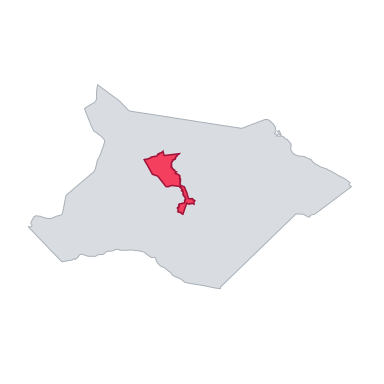 Isiolo North, Eastern, Kenya shown in context, rotated 279°
{"feature_id": "3690345B29935700450408", "entity_name": "Isiolo North", "entity_type": "district", "adm_level": 2, "iso_a3": "KEN", "parent_name": "Kenya", "parent_adm1": "Eastern", "projection": "equal_earth", "projection_center": [38.187, 1.182], "detail": "fine", "context": "in_parent", "style": "filled", "palette": "rose", "viewbox_px": 384, "rotation_deg": 279, "n_neighbors": 0, "source": "geoboundaries", "source_scale": "gbopen_adm2", "svg_char_len": 7757}
<svg xmlns="http://www.w3.org/2000/svg" viewBox="0 0 384 384"><g transform="rotate(279 192 192)"><path d="M100.9,235.1L100.8,229.9L101.4,216.5L101.3,204.8L101.8,198.9L104.0,195.2L105.0,192.5L105.7,188.7L106.8,185.7L109.4,183.2L109.8,181.8L112.5,177.6L114.1,172.2L115.4,170.4L116.9,168.7L118.0,167.8L119.7,166.9L121.1,166.4L121.4,166.0L121.5,165.1L121.0,161.8L121.6,160.7L122.6,158.5L123.7,156.4L124.6,155.1L125.2,153.7L125.5,151.4L125.5,149.7L125.5,147.0L125.2,140.8L124.0,135.7L123.3,129.9L123.9,128.0L123.0,124.6L122.5,124.4L121.8,123.7L120.8,120.5L120.1,117.6L119.7,116.8L116.6,114.3L115.1,108.3L113.4,106.9L112.5,101.0L112.3,99.3L113.3,93.3L113.2,92.0L112.2,90.7L109.3,89.4L107.0,87.0L107.3,86.1L107.5,85.2L106.2,84.6L102.7,74.5L107.3,68.3L111.9,62.1L117.9,54.3L123.3,47.1L128.0,40.9L132.3,35.4L132.1,36.4L132.2,37.8L132.7,38.7L133.5,39.3L134.7,38.7L135.8,37.8L136.8,37.6L143.1,39.9L144.2,41.9L144.1,44.1L144.4,45.7L143.9,47.2L143.3,52.0L143.5,56.4L145.4,59.6L147.1,62.2L148.4,65.7L149.4,66.8L150.8,67.4L155.1,67.6L161.5,67.8L167.7,68.0L168.2,68.1L169.6,68.6L175.2,73.4L180.4,77.8L184.8,81.7L189.1,85.4L193.3,89.0L196.5,92.0L199.7,92.9L204.8,93.4L208.4,93.5L211.7,94.8L216.6,96.0L220.3,96.6L222.5,97.2L228.6,97.9L229.6,97.5L232.4,94.2L235.4,88.8L236.6,85.8L240.5,82.8L247.4,78.7L252.2,75.8L257.6,72.8L260.1,75.4L263.5,79.5L265.0,81.5L266.2,82.4L268.0,83.0L270.3,83.0L271.5,82.9L274.0,82.3L279.8,81.9L283.2,81.9L280.4,87.3L277.0,93.8L270.8,105.8L266.1,112.1L262.5,116.8L262.2,117.7L262.2,123.0L262.3,135.9L262.4,161.9L262.4,187.8L262.5,213.7L262.6,226.7L262.6,231.1L265.7,236.5L268.8,241.8L272.8,248.9L275.0,252.7L275.3,253.9L275.2,256.5L271.9,261.7L269.1,264.1L265.5,265.3L264.4,265.1L262.9,264.3L262.4,265.6L261.9,267.6L261.1,267.1L260.5,266.6L260.9,270.1L261.3,271.8L260.7,274.1L258.9,276.2L258.8,277.9L254.9,282.4L249.4,282.9L246.5,285.2L245.3,287.0L244.3,291.0L244.6,297.2L243.1,301.9L242.8,304.3L240.0,307.4L238.7,310.2L237.8,313.1L237.0,314.3L236.0,320.8L234.7,324.7L234.4,326.0L234.0,327.1L233.0,329.4L232.4,331.0L231.9,332.0L228.5,342.1L225.9,346.6L223.9,346.1L222.5,347.8L222.4,348.6L221.7,348.2L220.0,346.5L216.5,343.1L213.0,339.7L209.5,336.3L206.0,332.9L202.5,329.5L199.0,326.1L195.4,322.7L191.9,319.3L189.9,317.3L189.0,316.2L188.3,313.8L187.9,313.2L187.0,312.5L185.9,312.3L185.6,311.9L185.6,310.8L186.0,309.1L187.3,306.0L187.4,304.2L187.1,302.1L186.7,298.8L186.4,298.0L184.1,296.2L179.2,292.6L174.3,288.9L169.5,285.3L164.6,281.6L159.7,277.9L154.8,274.3L150.0,270.6L145.1,267.0L140.2,263.3L135.4,259.6L130.5,256.0L125.6,252.3L120.8,248.7L115.9,245.0L111.0,241.3L106.1,237.7L104.3,236.3L102.7,235.1L100.9,235.1ZM262.9,270.7L262.1,271.0L262.5,269.2L265.0,267.0L266.0,267.5L266.2,268.0L266.2,268.5L265.7,268.9L262.9,270.7Z" fill="#d9dde1" stroke="#a8b0b8" stroke-width="1"/><path d="M216.5,139.7L213.6,141.9L212.7,142.8L203.3,150.1L202.3,155.7L193.3,165.4L193.4,167.5L195.3,170.9L195.6,179.5L196.4,180.2L196.4,179.8L196.5,179.6L196.9,179.3L197.2,179.2L197.5,179.1L197.7,179.3L197.8,179.4L198.0,179.3L198.2,178.9L198.4,178.8L198.5,178.8L199.0,178.9L199.3,178.6L199.7,178.8L200.1,178.6L200.2,178.9L200.4,178.9L200.6,178.7L200.9,178.8L201.1,178.9L201.5,178.8L201.9,178.3L202.1,178.5L202.3,178.4L202.7,178.7L202.8,178.7L203.0,178.0L203.1,177.9L203.2,178.3L203.5,178.1L203.5,177.9L203.5,177.7L203.7,177.8L203.8,177.6L204.0,177.7L204.3,177.6L204.5,177.6L204.8,177.7L205.3,177.7L205.6,177.3L205.8,177.4L205.8,177.5L206.0,177.5L206.3,177.3L206.3,177.2L206.5,176.9L206.5,176.6L206.6,176.2L207.0,176.0L207.3,175.4L207.3,175.0L207.4,174.9L207.4,174.7L207.3,174.4L207.4,174.2L207.5,173.9L207.4,173.8L207.5,173.6L207.5,173.3L207.7,172.7L207.8,172.8L207.9,172.7L208.1,172.8L208.3,172.8L208.5,172.8L208.5,173.0L208.8,173.0L208.9,172.9L209.0,173.0L209.0,172.9L209.3,172.9L209.4,172.7L209.5,172.8L209.5,172.6L209.5,172.4L209.6,172.2L209.8,172.1L209.8,171.9L210.2,171.7L210.4,171.4L210.5,171.4L210.6,171.2L210.8,171.3L211.0,171.3L211.1,171.1L211.1,170.7L211.2,170.2L211.3,170.1L211.4,170.3L211.5,170.2L211.5,169.6L211.6,169.4L211.8,169.4L211.8,169.2L212.0,169.2L212.3,168.8L212.6,168.7L212.7,168.4L212.9,168.5L213.0,168.3L213.2,168.0L213.3,168.0L213.3,167.9L213.5,168.0L213.7,167.7L213.9,167.7L214.0,167.5L214.1,167.4L214.2,167.5L214.7,167.4L215.1,167.7L215.3,167.7L215.7,167.2L215.6,167.3L215.8,167.5L216.0,167.6L216.4,167.5L216.6,167.2L216.8,167.0L217.0,167.1L217.3,167.1L217.6,167.1L217.8,167.3L218.0,167.2L218.3,167.3L218.4,167.5L218.9,167.8L219.3,167.8L219.5,168.0L220.0,168.0L220.1,168.3L220.4,168.3L220.5,168.2L220.5,168.4L220.7,168.5L220.8,168.8L221.0,169.1L221.4,169.4L221.5,169.5L221.4,169.7L221.6,170.2L221.8,170.3L222.1,170.3L222.3,170.2L222.4,170.3L222.5,170.2L222.9,170.3L223.0,170.4L223.4,170.3L223.7,170.6L223.9,170.5L224.2,170.6L224.7,171.0L224.8,171.2L225.0,171.0L225.3,171.5L225.5,171.6L225.9,171.6L226.1,171.7L226.3,171.9L227.0,172.7L227.6,173.1L227.7,173.5L227.9,173.6L223.7,159.0L223.7,158.9L225.8,157.8L227.6,157.0L227.4,156.9L226.8,156.3L226.6,156.3L226.4,156.2L226.4,155.9L226.2,155.8L226.1,155.6L226.0,155.4L225.4,154.2L225.2,153.8L224.9,153.6L224.7,153.5L224.6,153.2L224.4,153.3L224.4,152.9L224.2,153.0L223.8,152.7L223.6,152.3L223.3,152.3L223.0,152.0L222.2,151.7L221.4,150.0L221.4,149.8L221.3,149.2L221.0,148.5L220.6,147.7L220.6,147.2L220.3,146.6L220.0,146.2L219.7,146.0L219.5,145.7L219.3,145.7L219.2,145.5L219.0,145.3L218.7,145.0L218.7,144.6L218.4,144.3L218.0,143.4L217.7,143.0L217.4,142.6L217.2,142.5L217.1,141.9L217.2,141.5L217.0,141.1L217.0,140.6L216.5,139.7ZM184.4,194.2L185.0,194.2L185.5,193.4L185.3,191.9L185.0,191.9L185.0,191.6L185.0,190.1L185.1,189.5L190.5,187.0L195.9,183.6L196.0,183.4L196.0,182.6L196.1,182.2L196.3,181.9L196.4,181.6L196.5,181.3L196.4,180.9L196.4,180.5L196.3,180.4L196.4,180.2L195.7,180.3L195.6,180.2L195.2,179.9L195.0,179.7L194.9,179.7L194.7,179.6L194.7,179.9L194.5,180.0L194.4,180.3L194.2,180.3L193.9,181.0L193.6,181.1L193.5,181.3L193.3,181.4L192.9,182.0L192.7,182.1L192.6,182.3L192.4,182.1L192.3,181.8L192.1,181.9L192.0,181.6L191.7,181.4L191.6,181.6L191.6,181.8L191.1,182.3L190.9,182.7L191.0,183.0L190.7,183.4L190.0,183.5L189.8,183.6L189.6,183.4L189.4,183.4L189.0,183.6L188.8,183.4L188.7,183.5L188.5,183.9L188.4,183.9L188.2,184.1L188.0,183.9L187.9,183.7L187.5,183.8L187.3,184.0L187.2,184.5L186.9,184.7L186.5,184.8L186.4,185.1L186.3,185.4L186.2,185.5L186.2,185.8L185.9,185.8L185.5,186.1L185.3,186.0L185.1,186.2L185.0,186.5L184.9,186.6L184.6,186.7L184.4,186.7L184.1,186.5L183.8,186.8L183.6,186.7L183.4,186.8L183.3,186.7L183.2,186.6L182.9,186.4L182.9,186.2L182.6,186.1L182.4,186.0L182.2,186.2L181.9,186.4L181.7,186.3L181.4,186.4L181.0,186.4L180.6,186.5L180.2,186.2L180.0,185.8L179.8,185.8L179.7,185.1L179.5,184.6L179.5,184.4L179.2,184.2L179.1,183.7L178.6,182.6L178.5,182.1L178.3,181.8L178.3,181.6L177.9,181.3L177.5,180.8L177.3,180.8L176.7,181.5L176.4,181.4L176.2,181.3L175.8,181.4L175.7,181.3L175.4,181.4L175.4,181.1L175.1,181.1L175.1,180.9L174.7,180.9L174.6,180.7L174.5,180.4L174.3,180.2L174.2,180.3L174.1,180.1L173.3,180.3L173.2,180.7L171.9,181.1L171.6,181.2L171.2,181.3L170.9,181.4L170.5,181.4L170.2,181.1L170.1,181.3L170.1,181.7L170.0,182.0L170.0,183.5L169.9,183.9L169.7,183.9L169.7,184.3L169.6,184.8L169.3,184.9L169.2,185.1L169.1,185.5L169.0,185.4L168.9,185.6L168.7,185.8L168.6,186.1L168.6,186.5L180.1,188.5L179.9,188.8L179.9,189.0L179.9,189.3L179.9,189.6L179.8,189.9L179.6,190.1L179.6,190.6L179.7,190.9L179.7,191.5L180.0,191.7L180.1,192.1L180.1,192.4L180.3,192.6L180.3,193.1L180.4,193.3L180.6,193.3L180.6,194.2L180.7,194.5L180.7,195.0L180.7,195.3L180.5,195.6L180.5,195.8L180.3,195.8L180.2,195.9L180.3,196.0L180.8,195.5L180.8,195.2L181.5,195.1L182.3,195.6L183.9,196.2L184.2,195.6L184.2,195.2L184.2,194.8L184.2,194.7L184.3,194.4L184.4,194.2Z" fill="#f43f5e" stroke="#9f1239" stroke-width="1.5"/></g></svg>